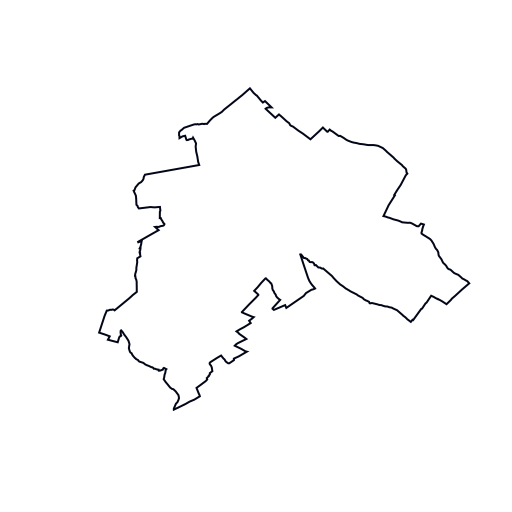 outline of Rebricea, Vaslui, Romania, rotated 146°
{"feature_id": "2599482B37161046362240", "entity_name": "Rebricea", "entity_type": "district", "adm_level": 2, "iso_a3": "ROU", "parent_name": "Romania", "parent_adm1": "Vaslui", "projection": "robinson", "projection_center": [27.58, 46.87], "detail": "fine", "context": "isolated", "style": "outline", "palette": "ink", "viewbox_px": 512, "rotation_deg": 146, "n_neighbors": 0, "source": "geoboundaries", "source_scale": "gbopen_adm2", "svg_char_len": 6124}
<svg xmlns="http://www.w3.org/2000/svg" viewBox="0 0 512 512"><g transform="rotate(146 256 256)"><path d="M253.5,396.5L250.1,396.3L247.5,395.3L248.7,391.3L248.6,390.8L247.5,390.2L246.8,390.2L243.9,389.3L243.2,388.8L242.6,388.9L242.0,389.3L242.3,385.7L242.8,382.8L244.9,380.4L247.3,375.8L249.0,371.3L251.3,366.4L252.2,363.2L302.6,385.5L304.4,384.5L305.0,384.1L306.1,382.9L307.5,382.1L309.9,381.5L312.6,381.7L317.5,380.3L319.7,378.7L320.8,378.5L320.7,378.3L321.2,377.3L321.7,374.0L321.9,373.1L323.3,370.5L326.5,365.3L326.2,363.9L326.6,362.5L326.5,360.9L316.1,355.6L313.0,353.1L308.2,350.4L309.9,347.1L310.9,346.5L314.5,341.3L313.9,341.1L313.7,340.5L314.0,339.9L314.1,336.6L314.3,335.6L314.0,333.8L314.3,333.4L315.2,333.0L315.7,333.0L316.5,333.2L318.7,334.2L319.6,334.2L321.5,335.1L321.7,335.6L323.4,336.5L322.3,331.9L345.8,333.7L345.9,333.2L342.3,332.4L343.1,331.7L344.3,330.3L346.5,328.3L348.1,327.4L347.5,326.9L349.2,325.1L349.6,325.0L349.8,324.7L350.3,324.4L350.3,324.1L350.5,323.9L350.4,323.5L350.6,323.3L350.5,323.2L351.0,322.6L352.0,320.3L355.7,320.5L356.9,319.1L357.9,317.3L358.9,316.2L361.8,313.1L363.1,311.2L366.3,308.5L367.4,307.2L367.2,307.0L368.3,304.8L368.5,303.4L369.2,301.6L374.9,292.9L380.5,292.5L381.3,292.3L384.9,291.8L403.6,290.0L404.0,291.1L404.6,291.7L406.3,292.4L406.9,293.0L409.1,293.5L410.2,294.2L414.9,291.1L428.9,280.2L424.8,274.9L422.2,271.2L425.6,269.4L418.9,261.8L415.6,264.5L414.1,265.5L412.9,265.2L412.2,265.4L412.1,266.3L411.7,266.9L411.3,267.9L410.1,269.6L409.7,269.8L409.3,269.7L409.3,269.0L409.1,267.8L409.2,264.6L409.0,261.3L409.1,257.2L409.9,254.4L410.5,253.2L411.2,252.6L413.0,250.6L414.0,247.4L414.1,246.3L413.5,244.9L413.8,243.5L413.7,241.2L413.4,239.0L413.1,238.5L413.1,237.7L412.0,235.7L412.0,234.5L411.8,233.8L409.1,230.3L408.6,228.4L407.7,226.7L406.4,224.9L404.8,222.2L404.1,221.6L403.8,220.8L403.8,219.7L402.9,219.2L401.9,217.7L400.3,216.2L400.8,215.5L400.7,215.2L399.5,214.6L396.8,213.9L395.7,214.7L394.9,214.7L393.6,212.3L394.7,211.9L396.6,209.8L398.1,208.8L399.9,206.8L401.4,205.5L401.4,202.3L400.7,194.8L399.9,192.7L399.0,191.8L398.3,188.7L398.1,184.0L398.6,182.8L399.3,181.2L401.0,179.9L403.0,178.7L405.0,178.3L409.5,175.4L410.0,174.6L405.7,173.9L396.9,172.7L392.5,172.4L387.4,171.4L381.0,171.1L380.6,172.3L380.4,173.8L379.1,179.9L367.7,180.4L365.5,180.9L365.1,182.3L362.3,182.8L362.2,183.2L360.5,183.6L359.8,184.7L356.6,184.9L355.0,188.3L354.8,189.2L354.6,190.3L354.8,191.7L354.7,192.6L354.1,193.3L353.1,193.5L345.3,193.3L340.6,193.0L340.3,189.1L339.9,187.8L340.1,186.0L339.9,184.9L339.2,182.9L338.8,182.4L338.1,182.0L332.5,182.0L332.2,182.2L332.0,183.1L331.7,183.3L326.4,182.4L317.1,181.8L318.0,182.8L320.3,187.5L323.8,193.5L322.1,193.9L319.9,193.9L310.4,192.6L311.2,195.0L313.2,200.2L313.6,201.4L313.5,202.0L314.3,204.4L310.3,204.2L305.8,203.7L297.9,203.4L297.9,206.2L294.6,206.3L292.1,206.6L293.1,207.8L297.3,214.2L299.2,217.2L299.1,217.4L288.8,219.7L279.5,221.5L275.8,222.4L275.7,222.8L275.8,223.3L277.0,228.1L272.1,229.2L266.7,230.8L260.9,232.1L260.3,232.0L260.0,230.2L259.2,227.3L259.1,225.7L258.7,224.7L259.4,222.0L260.7,219.8L261.1,218.3L261.0,216.6L261.4,215.3L261.3,212.8L261.7,211.8L261.7,210.0L261.1,207.6L260.5,206.1L271.5,203.4L271.8,203.1L271.3,201.3L259.3,199.0L259.9,196.0L238.7,196.2L235.3,197.3L228.8,197.0L227.7,196.5L225.2,196.0L225.2,196.7L225.7,200.7L225.8,202.7L225.7,205.5L225.4,207.1L225.1,208.7L220.9,223.8L218.4,232.5L217.9,232.3L217.7,231.6L217.4,227.5L216.2,226.6L215.9,225.8L215.2,224.8L215.3,223.4L214.7,222.6L214.9,221.5L214.8,221.0L213.9,220.1L213.0,219.7L212.3,218.6L212.1,217.3L212.6,215.6L212.3,215.3L211.4,215.0L210.7,211.6L209.3,210.5L209.0,210.0L208.7,209.1L207.8,208.2L207.3,208.1L204.2,196.9L204.0,194.6L203.3,190.2L202.1,185.3L200.9,182.5L199.8,179.0L198.2,175.7L197.5,174.0L194.0,167.8L193.5,166.2L191.0,161.6L190.8,159.9L189.5,157.3L189.2,157.1L187.9,154.8L188.2,153.3L187.7,152.8L186.5,152.4L185.8,151.8L182.8,148.5L181.0,146.3L179.5,145.1L178.6,143.8L177.1,142.0L175.3,140.6L173.8,138.6L172.9,137.9L172.1,136.9L171.7,135.9L169.4,132.2L167.5,125.2L167.4,124.4L166.4,121.5L165.9,118.9L164.5,114.8L161.9,115.6L161.6,115.0L161.0,115.2L148.7,119.7L148.1,119.5L147.3,119.7L142.0,121.9L140.6,122.0L133.0,125.1L131.5,122.6L130.6,120.7L129.4,118.5L129.2,118.6L127.2,114.7L125.0,109.5L118.9,110.6L117.6,111.1L113.2,111.6L104.0,113.0L94.5,114.1L94.9,117.0L95.3,117.8L95.6,118.2L96.4,120.0L97.6,122.1L97.8,123.4L98.8,127.2L100.9,130.4L101.4,131.5L102.2,135.0L102.5,136.0L103.4,137.1L103.9,138.2L104.0,139.8L103.8,141.1L104.0,143.0L104.6,145.4L104.6,146.4L104.1,149.7L104.3,154.0L104.0,154.8L103.4,156.1L102.9,156.9L102.7,157.8L102.5,159.7L102.8,161.5L102.7,163.2L102.0,166.9L101.9,170.8L102.2,172.7L104.7,178.4L105.4,179.8L106.2,182.0L105.8,182.8L103.8,184.4L103.3,185.1L101.1,186.9L99.2,188.2L101.1,190.6L104.6,189.7L106.0,190.8L108.4,195.6L109.4,197.1L109.8,197.5L111.7,198.7L116.0,202.2L116.9,203.8L118.5,206.1L121.6,209.6L123.9,212.9L125.1,214.2L126.5,216.2L128.0,217.8L117.7,223.9L107.0,228.6L107.3,229.3L102.0,231.7L96.3,234.0L86.8,239.1L85.7,239.4L83.7,239.8L84.8,240.1L84.6,240.4L84.3,241.5L83.3,243.4L83.1,244.5L83.2,245.1L84.1,248.5L84.1,249.6L85.9,255.5L86.8,259.4L86.9,260.6L89.2,269.1L89.5,270.8L90.5,274.6L93.2,279.1L94.8,280.7L96.7,282.4L101.0,285.3L101.8,286.0L104.4,288.5L107.5,291.1L109.5,293.4L111.5,295.3L113.0,297.0L115.3,300.3L116.2,302.0L117.3,304.9L119.0,308.5L120.1,309.1L120.4,309.4L123.0,316.6L123.7,317.8L124.2,319.6L127.1,318.9L127.5,319.3L128.7,325.1L133.9,324.1L145.6,322.3L148.7,331.3L150.8,336.3L153.0,342.7L154.0,344.1L154.5,345.4L154.2,347.5L155.3,350.6L156.9,357.3L157.8,360.5L162.7,359.8L165.7,372.7L164.5,372.8L163.4,372.5L162.2,372.0L160.0,370.5L161.9,379.4L164.5,379.4L165.0,382.3L165.6,388.6L166.0,389.3L166.8,392.6L167.3,398.4L177.3,397.1L200.6,395.2L203.6,394.6L206.3,394.6L213.4,395.0L215.1,394.8L218.5,394.1L222.7,392.9L224.5,394.2L225.3,394.4L226.6,395.7L229.4,396.8L230.1,397.2L230.6,398.0L231.9,398.5L232.8,399.3L234.4,399.9L243.9,402.5L247.2,402.1L248.5,402.1L249.8,401.8L250.8,401.3L251.7,399.9L252.3,399.1L252.4,398.2L253.5,396.5Z" fill="none" stroke="#020617" stroke-width="2"/></g></svg>